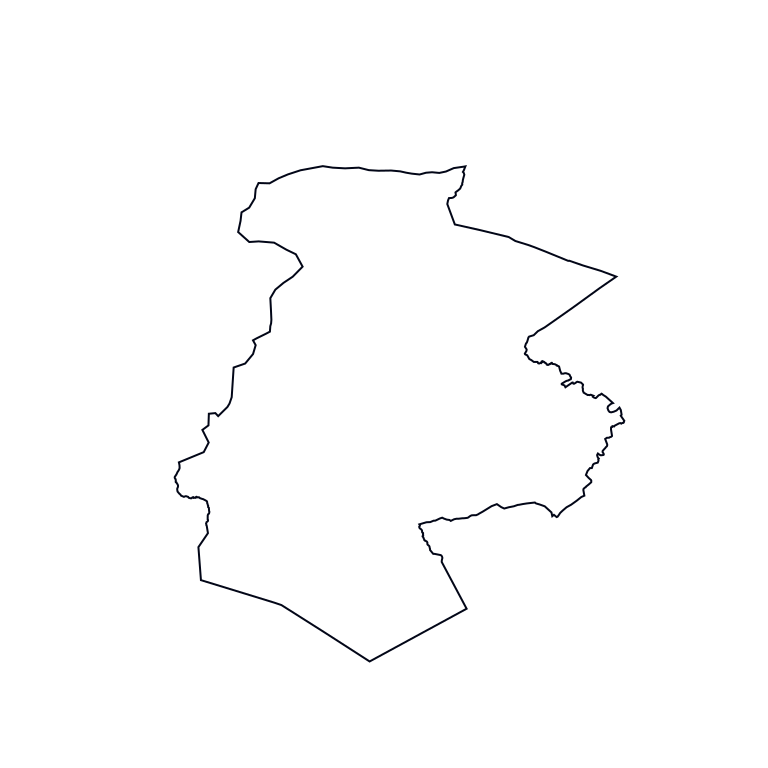 Fanteakwa North, Eastern, Ghana, rotated 151°
{"feature_id": "2480657B42231307300111", "entity_name": "Fanteakwa North", "entity_type": "district", "adm_level": 2, "iso_a3": "GHA", "parent_name": "Ghana", "parent_adm1": "Eastern", "projection": "albers", "projection_center": [-0.403, 6.499], "detail": "fine", "context": "isolated", "style": "outline", "palette": "ink", "viewbox_px": 768, "rotation_deg": 151, "n_neighbors": 0, "source": "geoboundaries", "source_scale": "gbopen_adm2", "svg_char_len": 6118}
<svg xmlns="http://www.w3.org/2000/svg" viewBox="0 0 768 768"><g transform="rotate(151 384 384)"><path d="M128.8,365.3L139.6,377.9L152.5,391.2L162.2,402.0L163.2,402.4L178.2,421.1L186.2,430.8L190.5,435.7L199.8,445.4L203.7,452.1L224.9,471.6L244.7,489.2L241.4,510.7L239.0,513.5L237.0,515.1L234.8,514.0L233.5,513.6L232.4,513.6L229.7,514.2L229.1,515.4L228.7,516.7L228.6,516.9L227.7,517.1L225.3,517.4L222.6,518.0L220.2,519.9L218.9,520.4L218.3,521.7L217.2,522.6L216.9,523.1L216.1,524.2L214.5,525.9L212.3,528.1L211.9,530.0L212.2,531.2L210.8,532.0L207.3,534.9L208.8,535.4L218.3,539.0L226.8,539.8L233.3,541.8L239.3,545.9L244.8,548.4L251.3,550.0L257.7,554.5L262.2,558.1L266.7,562.1L274.2,567.2L285.6,573.3L293.6,578.4L301.1,585.4L313.5,591.5L324.0,598.1L331.9,604.2L353.4,611.4L366.4,613.9L376.4,615.0L386.8,615.0L396.3,620.6L401.8,616.6L406.9,609.1L416.4,603.6L425.4,603.2L430.4,596.2L437.9,587.6L433.0,573.5L424.5,569.5L411.6,560.9L404.2,548.7L398.2,540.2L398.3,526.1L411.8,522.1L422.8,521.2L433.3,519.2L441.8,514.2L447.4,502.7L451.4,494.7L453.4,491.7L455.4,489.7L458.4,485.1L462.9,485.2L473.4,485.7L477.4,485.7L477.4,480.2L484.0,473.7L495.5,469.2L507.5,471.3L523.6,446.3L528.6,441.8L532.1,439.8L544.6,436.3L545.6,440.3L551.6,442.9L557.6,432.9L565.1,431.9L565.7,417.8L574.7,411.8L601.4,414.9L601.6,414.1L602.3,412.0L603.5,409.6L604.7,408.5L606.4,407.5L607.3,407.1L609.7,405.3L610.2,405.2L610.9,404.7L611.8,404.4L612.5,403.5L612.6,402.5L612.4,401.7L612.6,401.3L612.7,401.1L613.1,400.1L613.6,399.5L613.7,399.1L613.2,398.4L613.4,397.9L613.2,396.6L613.3,395.3L613.6,394.6L614.2,393.8L615.5,392.8L616.1,391.8L616.7,390.0L616.3,387.9L616.1,387.0L615.7,386.2L615.6,384.7L613.7,382.3L612.6,382.2L611.6,381.9L611.3,381.6L610.0,380.2L610.0,379.5L609.9,379.1L608.8,378.0L607.8,377.4L606.6,377.7L605.9,377.6L605.7,377.5L605.9,377.0L605.8,376.7L605.6,376.6L604.8,376.4L604.4,376.0L604.0,375.8L603.8,375.8L603.3,376.3L602.9,376.3L602.6,376.2L602.4,375.5L601.9,375.3L601.7,375.0L601.5,374.9L600.8,374.7L600.3,373.4L598.6,371.5L598.1,371.1L596.7,369.0L596.0,367.8L595.8,367.4L595.9,366.5L596.4,365.5L596.5,364.5L596.8,363.6L596.8,362.8L597.5,361.7L597.2,360.6L598.6,357.6L598.7,356.8L599.6,355.8L599.9,355.5L600.8,355.4L601.4,355.0L601.9,354.5L603.9,351.0L603.8,350.6L604.1,349.9L604.7,349.4L606.2,349.2L606.6,348.8L607.3,348.2L607.4,347.4L607.8,346.8L607.8,345.9L610.3,338.9L625.4,331.3L639.2,301.2L586.0,246.0L580.9,240.4L556.3,195.3L531.1,148.3L420.7,147.4L419.8,200.4L418.8,201.9L417.4,203.4L417.1,204.0L416.9,205.1L417.0,206.2L417.4,206.9L422.0,210.8L423.3,211.6L424.2,216.4L423.6,217.7L423.5,218.5L423.2,219.2L423.0,220.1L423.1,220.8L423.7,222.2L423.7,222.9L422.9,224.4L422.9,224.9L423.0,225.6L423.4,226.1L423.6,226.6L424.1,227.0L424.4,227.9L424.2,228.1L424.2,229.6L423.9,230.7L424.2,231.9L423.9,232.3L423.4,232.4L423.0,232.7L422.8,233.6L422.1,234.6L422.1,235.0L422.5,235.5L422.5,235.9L421.8,237.4L421.8,238.2L422.2,239.5L422.7,240.4L422.7,241.0L422.6,241.6L422.3,242.2L421.8,242.3L421.0,243.1L421.1,244.1L413.9,242.5L410.5,240.8L406.9,240.4L405.3,239.6L400.3,239.3L398.1,238.9L397.7,238.7L397.2,237.7L394.9,235.0L392.6,233.3L392.0,231.9L388.2,231.7L385.9,231.0L384.1,230.0L380.4,228.5L378.7,227.6L375.9,226.5L374.9,226.4L373.2,226.7L371.4,226.7L370.6,226.5L367.0,224.6L365.0,224.4L363.5,224.5L359.7,224.5L349.1,225.0L343.5,224.2L341.1,219.4L339.2,216.8L334.6,215.7L329.7,214.1L325.6,213.4L324.5,212.9L320.8,211.7L317.0,210.3L309.5,207.2L309.2,206.3L308.8,205.7L306.3,203.2L302.7,199.1L299.8,190.5L300.9,186.8L298.8,187.2L297.5,183.9L296.5,183.8L294.1,184.9L292.9,185.6L292.1,185.9L289.0,186.7L284.1,187.7L278.9,187.7L272.0,188.5L266.2,189.5L262.9,189.2L261.1,194.5L260.5,195.4L258.8,196.0L257.7,195.9L257.1,196.3L253.5,196.9L250.4,197.6L249.6,198.9L249.5,199.7L250.5,202.5L251.5,206.5L248.2,209.2L244.6,210.6L243.0,209.7L240.2,212.2L239.2,212.4L238.4,212.4L235.2,211.6L233.7,212.8L233.4,213.3L233.1,214.3L232.3,214.6L232.6,215.9L232.5,216.9L232.4,217.2L232.2,218.2L231.9,218.7L230.6,219.5L229.8,217.6L228.9,216.5L226.7,215.6L226.2,215.6L225.9,215.9L225.7,216.6L225.8,218.6L225.1,219.5L222.3,220.5L221.7,220.6L220.8,221.1L219.2,221.5L218.3,222.4L218.0,223.3L217.2,228.7L215.2,228.9L213.1,227.9L212.4,228.0L211.0,227.7L209.9,227.9L209.7,228.1L207.5,234.2L206.4,236.0L205.4,235.8L204.8,236.4L204.4,236.3L203.4,235.3L202.5,235.7L197.3,235.6L196.2,235.2L195.7,234.3L194.3,234.4L193.8,234.0L193.2,234.0L192.8,234.2L192.5,234.6L191.9,235.2L191.7,235.3L192.3,241.5L191.1,241.9L189.5,246.4L189.5,249.2L193.5,248.1L196.6,248.4L199.1,249.1L200.3,250.2L200.6,252.0L200.2,254.5L199.0,255.8L196.4,256.4L194.5,256.6L193.0,256.3L196.1,265.4L197.6,268.1L198.2,269.7L198.5,270.1L200.0,269.7L200.6,270.0L201.9,270.0L204.6,269.2L205.3,269.0L205.8,269.1L206.9,270.3L207.6,271.7L207.0,272.5L206.8,272.5L208.4,274.4L209.6,274.6L209.9,274.9L210.1,275.1L211.2,275.6L213.6,279.7L213.4,280.6L213.4,281.4L213.1,282.2L212.3,283.4L212.2,284.4L211.3,285.8L210.3,286.7L210.2,287.0L211.0,289.7L213.9,292.3L215.0,292.3L215.7,292.1L216.0,292.1L217.7,292.1L218.2,292.5L218.2,293.8L218.6,294.0L226.9,293.2L226.8,295.2L228.7,297.5L228.4,298.1L223.8,298.3L222.2,298.1L221.2,297.7L220.3,297.7L220.3,297.8L219.2,297.8L218.4,297.6L218.0,297.8L217.2,299.0L217.4,300.3L217.2,302.2L218.0,303.5L219.7,305.3L221.1,305.9L221.9,306.0L223.8,307.0L223.5,310.2L222.4,314.4L222.8,315.1L223.9,316.3L223.7,316.6L225.0,318.5L227.1,320.0L227.2,320.3L226.9,320.9L226.9,321.1L227.2,321.3L227.5,321.3L229.1,320.9L229.6,321.3L230.4,321.0L230.9,321.0L231.7,321.4L232.2,322.0L232.0,322.5L232.6,323.9L232.5,324.1L232.9,324.5L233.1,324.8L233.0,325.0L233.1,325.5L233.9,326.6L234.1,326.3L234.4,326.3L234.7,326.7L234.7,327.2L235.2,327.3L235.4,327.2L236.0,326.2L236.4,326.1L236.6,326.5L238.4,326.7L239.1,327.4L239.0,328.3L239.1,328.6L239.1,328.9L242.3,330.7L243.5,333.4L244.8,335.4L244.8,339.6L245.0,340.0L246.0,341.2L246.2,341.8L246.1,342.3L243.5,343.8L242.6,344.8L242.5,345.5L242.7,348.2L240.4,350.4L240.0,350.7L239.1,350.9L237.7,352.1L235.1,354.7L234.1,355.1L229.4,354.1L223.8,355.6L216.1,355.6L209.4,356.3L182.4,359.2L148.7,363.3L128.8,365.3Z" fill="none" stroke="#020617" stroke-width="2"/></g></svg>